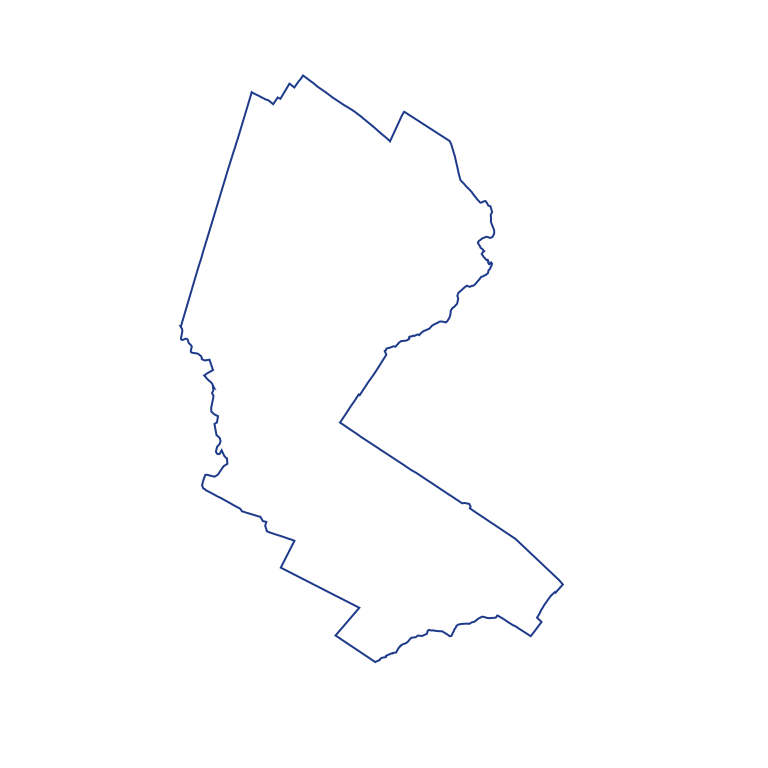 outline of Luis Moya, Zacatecas, Mexico, rotated 27°
{"feature_id": "50627088B79504464197086", "entity_name": "Luis Moya", "entity_type": "district", "adm_level": 2, "iso_a3": "MEX", "parent_name": "Mexico", "parent_adm1": "Zacatecas", "projection": "robinson", "projection_center": [-102.22, 22.434], "detail": "fine", "context": "isolated", "style": "outline", "palette": "blue", "viewbox_px": 768, "rotation_deg": 27, "n_neighbors": 0, "source": "geoboundaries", "source_scale": "gbopen_adm2", "svg_char_len": 6033}
<svg xmlns="http://www.w3.org/2000/svg" viewBox="0 0 768 768"><g transform="rotate(27 384 384)"><path d="M433.9,594.6L463.6,594.6L455.0,630.1L502.4,635.7L502.5,635.4L505.4,632.1L505.3,631.2L506.2,629.1L506.6,628.8L509.7,626.4L509.2,625.4L511.0,623.0L513.6,620.0L514.1,620.1L514.8,619.0L516.7,617.7L516.7,616.1L516.9,612.7L517.5,609.8L517.8,609.9L518.4,608.2L518.5,607.9L519.3,606.9L521.1,605.1L522.1,603.4L522.8,600.3L523.5,597.7L527.2,595.2L528.4,592.8L532.5,591.1L535.7,586.9L535.0,584.0L535.7,582.7L537.9,582.2L539.5,581.3L543.5,580.0L548.3,577.9L550.1,578.1L554.4,578.4L557.1,578.9L558.4,577.9L558.3,574.7L558.4,573.1L558.2,571.4L558.2,570.4L558.5,568.6L558.4,566.4L559.5,564.6L561.7,562.8L566.0,560.2L569.1,558.8L570.2,556.8L572.7,554.5L572.7,554.4L573.9,551.8L574.5,550.3L577.0,546.8L578.3,546.3L582.1,545.6L584.4,544.7L586.3,543.5L589.0,541.9L589.9,540.9L590.0,538.9L590.6,538.7L597.9,539.2L600.0,539.5L602.0,539.8L609.2,540.4L609.7,540.1L629.2,542.1L630.4,535.9L631.4,530.2L632.3,525.1L632.4,524.5L632.2,524.4L626.4,522.7L626.8,518.9L626.7,513.2L626.9,512.2L627.1,508.2L627.7,504.3L628.2,500.5L628.9,496.6L630.8,491.7L631.6,492.0L634.4,481.4L628.5,479.1L571.4,462.3L558.5,460.8L551.2,459.9L542.5,458.9L542.3,458.9L533.4,457.8L523.7,456.7L516.9,455.8L516.8,453.9L514.4,452.1L509.9,453.4L508.2,454.5L507.9,454.8L505.9,454.6L504.5,454.4L502.4,454.1L502.2,454.1L500.5,454.0L499.2,453.8L498.6,453.7L495.9,453.4L492.5,453.1L492.3,453.0L492.2,453.1L485.8,452.3L464.8,449.9L459.7,449.3L452.7,448.5L447.2,448.3L442.5,447.7L438.0,447.1L433.3,446.6L429.8,446.2L424.1,445.6L415.2,444.6L410.9,444.2L408.2,443.8L402.5,443.2L396.0,442.5L389.6,441.8L388.2,441.7L382.6,440.8L376.5,440.1L362.3,438.3L363.3,430.2L363.7,426.6L364.5,419.0L365.3,413.4L365.5,412.1L365.8,408.6L366.2,404.8L367.4,405.0L367.5,404.3L368.3,396.7L368.9,391.7L369.0,390.3L370.6,379.6L371.1,375.0L371.4,371.7L371.5,371.6L371.7,368.9L371.7,368.7L371.9,366.1L372.8,356.9L369.7,354.3L369.8,354.2L370.4,353.0L370.0,352.1L370.1,351.8L370.4,351.1L370.9,350.4L372.1,349.7L375.1,346.3L375.8,345.9L377.0,345.7L377.5,345.3L377.6,344.2L377.9,343.0L378.3,342.1L378.3,340.9L379.0,339.7L379.5,338.3L382.6,336.2L383.7,335.5L384.3,334.9L384.8,334.4L385.3,333.4L385.9,332.8L385.9,331.9L385.3,331.5L385.1,330.6L385.5,329.9L387.3,328.9L387.8,327.8L389.1,327.5L389.4,326.9L390.0,326.5L391.0,325.0L392.2,324.4L393.2,324.5L393.6,322.6L395.2,318.9L397.3,316.6L398.2,315.3L399.3,314.1L399.6,312.9L400.3,310.3L402.2,307.3L404.0,305.2L404.9,303.5L406.7,302.2L411.2,301.0L411.8,299.4L412.2,295.9L411.8,292.4L411.1,290.6L410.3,288.6L410.4,285.6L411.7,282.9L412.7,279.2L411.4,274.3L409.3,272.1L408.9,269.0L410.3,265.5L411.8,261.6L413.1,258.9L416.3,258.5L417.7,256.7L419.0,255.8L419.7,254.5L421.2,248.6L421.9,244.7L425.2,240.6L426.3,237.8L425.5,235.3L426.3,232.9L425.9,231.9L426.1,229.7L425.6,227.7L424.2,227.1L423.6,229.4L423.0,229.5L421.7,228.6L421.3,227.7L421.5,227.5L420.0,226.3L419.4,227.1L415.3,225.6L412.0,223.8L412.3,221.2L413.0,220.1L410.2,219.1L408.2,218.8L406.7,217.5L404.2,216.1L403.4,215.3L403.6,214.4L403.5,213.7L405.8,209.2L407.5,207.4L408.1,206.5L409.4,206.0L412.1,205.7L413.0,205.0L413.2,204.8L414.0,203.3L413.8,199.7L412.2,196.8L408.8,193.9L406.3,191.6L405.4,190.7L404.7,188.8L404.1,187.6L403.1,186.2L402.4,185.0L402.2,181.6L399.2,178.4L398.1,177.3L396.0,177.7L393.4,175.9L391.5,174.9L390.1,175.8L388.2,178.4L387.2,178.6L383.3,177.2L381.3,176.2L378.5,175.0L375.1,173.2L372.0,172.0L368.2,170.8L366.8,170.3L365.4,169.7L363.6,169.0L360.6,168.1L359.3,167.4L358.0,166.0L357.0,164.7L355.0,162.6L351.0,157.6L349.5,155.8L348.1,154.2L346.7,152.5L343.8,149.0L335.2,140.0L332.2,137.7L279.0,132.3L278.3,132.4L278.1,137.3L279.2,165.0L278.8,164.8L273.0,163.3L271.1,162.9L270.1,162.7L267.8,162.2L266.4,161.8L265.1,161.5L262.5,160.8L261.4,160.5L259.4,160.0L258.1,159.7L255.9,159.2L252.3,158.4L244.3,156.7L243.4,156.3L242.6,156.2L241.9,156.0L240.4,155.8L238.0,155.4L236.5,155.1L235.0,154.8L231.1,154.3L228.8,154.1L226.4,153.9L221.4,153.6L213.2,152.6L208.3,152.1L200.1,150.6L191.0,149.4L190.5,149.3L189.1,149.1L185.2,148.1L181.4,147.5L174.6,146.3L171.8,145.9L171.4,149.7L170.5,153.2L169.5,160.5L163.4,159.3L162.2,176.9L161.5,177.0L159.2,177.0L158.2,185.0L154.6,184.2L151.9,183.7L149.3,184.2L146.9,184.1L145.5,184.2L142.7,184.1L140.5,184.1L136.5,184.2L135.2,184.2L133.6,184.0L134.6,189.1L142.5,232.7L142.8,235.0L143.0,236.3L144.0,241.6L144.4,244.7L147.2,261.1L147.3,261.9L155.6,308.1L157.9,320.9L162.7,348.0L164.0,354.4L165.1,361.3L165.4,363.0L166.3,368.1L176.9,424.9L176.5,425.0L177.6,425.7L179.0,426.6L180.3,428.3L181.1,431.0L181.6,432.9L182.2,435.2L183.0,436.4L184.4,436.3L185.1,435.5L186.3,434.0L187.3,433.4L188.5,433.4L189.6,434.2L191.1,435.9L191.8,436.3L193.2,436.6L194.6,437.2L195.7,437.8L196.0,438.9L196.6,441.6L197.0,442.6L197.5,443.1L198.6,443.3L203.9,441.6L205.5,441.6L207.0,442.0L208.3,442.2L209.2,442.9L209.9,443.5L210.2,444.4L211.6,444.6L213.7,444.3L217.5,441.6L225.3,449.2L221.2,455.4L220.4,457.2L219.9,458.0L221.8,458.7L223.5,459.5L226.6,460.5L228.7,460.9L230.8,461.8L232.5,463.2L234.3,464.5L233.0,464.4L234.8,467.0L234.9,469.9L235.4,470.6L237.2,471.7L238.1,473.6L240.7,483.3L242.2,486.2L242.9,487.1L246.7,488.1L250.7,488.0L252.6,494.1L251.9,495.2L251.1,496.6L257.9,505.5L262.2,506.7L264.3,509.1L264.8,512.0L263.8,515.8L264.8,520.0L265.2,520.9L267.0,521.9L268.0,521.9L269.3,520.9L269.4,516.8L274.5,520.7L276.6,521.5L277.8,521.5L280.7,526.2L278.4,530.1L277.1,540.3L275.1,543.5L271.1,544.5L267.4,545.2L266.0,546.2L266.4,548.8L266.3,549.5L267.8,556.8L270.4,559.1L272.5,559.1L273.4,559.5L277.1,559.5L288.1,559.8L288.8,559.6L291.8,559.7L299.8,560.0L306.6,560.3L310.4,560.3L312.0,560.3L313.4,560.9L314.1,561.2L315.3,561.9L316.9,561.6L318.6,561.3L319.6,561.2L325.4,560.1L331.8,559.0L334.3,558.5L337.6,560.7L338.2,561.1L341.8,560.3L342.5,564.3L344.1,565.8L346.5,568.4L349.1,568.2L352.6,567.7L356.6,567.1L357.1,567.0L360.6,566.4L361.3,566.3L364.5,565.8L366.4,565.6L371.4,564.8L372.8,564.6L375.4,564.4L375.4,579.0L375.4,594.5L433.9,594.6Z" fill="none" stroke="#1e3a8a" stroke-width="2"/></g></svg>